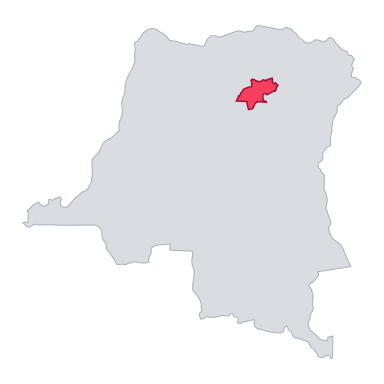 Banalia, Orientale, Democratic Republic of the Congo (highlighted)
{"feature_id": "63176286B83745324886444", "entity_name": "Banalia", "entity_type": "district", "adm_level": 2, "iso_a3": "COD", "parent_name": "Democratic Republic of the Congo", "parent_adm1": "Orientale", "projection": "orthographic", "projection_center": [25.603, 1.49], "detail": "fine", "context": "in_parent", "style": "filled", "palette": "rose", "viewbox_px": 384, "rotation_deg": 0, "n_neighbors": 0, "source": "geoboundaries", "source_scale": "gbopen_adm2", "svg_char_len": 7164}
<svg xmlns="http://www.w3.org/2000/svg" viewBox="0 0 384 384"><path d="M350.8,266.5L317.9,271.7L318.6,273.5L318.3,275.5L317.4,277.0L314.0,281.0L309.0,284.7L309.0,285.6L311.5,289.7L313.0,295.4L312.5,305.3L313.2,308.0L313.0,310.1L311.3,312.4L307.9,324.3L310.1,330.1L316.4,335.4L320.1,339.4L326.5,340.8L327.5,340.6L327.9,337.3L332.9,336.0L332.6,357.1L332.2,358.3L331.3,358.6L330.1,357.9L329.8,355.9L328.4,355.0L322.3,357.6L320.7,357.6L319.0,357.1L317.8,356.0L317.4,354.4L313.2,348.3L311.1,347.9L308.7,342.4L299.0,338.3L295.3,338.0L293.4,336.8L291.5,332.4L288.3,329.6L287.5,326.5L286.9,326.0L284.9,326.7L283.2,331.6L281.0,332.8L277.0,332.9L267.0,331.5L259.9,328.9L258.0,329.1L255.1,326.8L254.0,323.0L254.6,320.1L254.1,319.6L243.2,322.1L240.5,323.6L238.1,323.2L237.3,322.4L238.4,320.4L237.8,318.2L237.0,317.2L233.8,316.4L232.8,314.0L230.8,313.7L230.1,314.0L229.6,315.6L228.5,316.1L222.0,315.4L215.2,317.4L206.1,316.9L201.8,319.3L201.2,319.3L200.2,318.0L199.3,314.0L199.8,312.9L201.1,312.1L201.6,310.5L201.1,306.3L201.4,305.3L200.9,302.9L199.5,299.1L197.6,295.9L193.4,291.2L192.6,289.0L192.9,283.7L194.1,275.3L193.9,269.1L192.2,265.1L191.8,260.7L192.8,252.9L191.7,251.0L170.9,250.3L170.0,249.7L169.6,248.6L170.5,243.9L157.9,245.1L154.1,246.0L151.8,247.9L151.0,250.3L151.0,253.7L149.1,256.9L148.7,262.4L145.2,263.0L141.7,263.0L135.0,261.8L128.4,263.3L125.3,264.8L123.6,264.1L117.7,264.6L116.9,264.2L110.0,253.3L107.0,249.7L106.4,247.9L106.6,246.3L105.7,244.0L102.5,238.4L101.9,235.8L101.9,231.7L101.6,230.3L98.7,226.8L96.8,225.6L94.8,225.0L61.1,225.3L50.1,224.6L42.0,225.0L37.9,224.7L36.8,224.2L33.1,224.9L31.2,226.3L28.4,227.1L26.6,226.8L23.0,222.7L27.7,222.0L28.0,221.6L28.2,211.9L26.9,210.5L29.4,208.9L33.4,204.6L37.3,203.1L37.8,202.2L38.7,202.2L40.2,204.1L43.6,206.4L47.8,204.4L48.3,203.8L48.8,199.6L49.8,199.3L51.7,200.2L52.7,200.2L54.5,199.0L59.9,196.9L61.6,199.6L60.1,202.0L60.8,203.7L61.0,206.4L61.9,207.0L66.2,207.3L67.5,206.7L75.9,197.2L78.1,196.0L81.7,192.2L86.5,190.5L88.5,187.6L91.2,182.2L92.4,174.4L91.8,161.0L92.2,159.2L98.0,153.2L103.9,142.2L107.9,139.3L111.0,138.2L115.6,134.2L119.4,130.2L118.8,125.3L119.7,121.3L121.8,116.1L122.4,110.7L121.7,105.0L122.0,100.3L124.8,92.8L125.1,84.3L127.6,77.1L132.6,68.0L135.0,61.2L134.6,54.5L135.3,49.5L135.1,46.6L134.2,44.1L134.7,42.5L136.5,41.9L138.9,39.4L143.2,32.8L147.7,29.6L150.9,28.6L154.2,28.7L156.3,29.3L159.8,31.9L163.7,34.0L166.7,36.5L169.6,40.5L176.6,41.4L179.7,42.9L181.5,43.4L182.2,43.1L183.7,43.3L187.0,44.5L189.7,43.8L202.8,46.5L204.3,45.2L208.0,38.3L210.7,35.9L215.2,35.7L218.7,37.0L220.6,37.0L236.7,31.1L238.8,30.8L244.6,32.3L248.4,31.3L250.0,31.6L253.3,30.6L256.0,26.4L258.2,25.4L281.3,29.9L284.9,27.7L286.6,27.5L291.7,29.1L293.3,31.6L296.4,33.8L298.6,37.4L302.0,39.4L303.8,41.3L305.8,42.6L310.0,43.1L315.4,39.8L319.1,40.2L322.9,41.9L324.2,41.8L327.1,39.9L328.6,37.9L330.1,37.5L332.3,38.3L334.1,40.2L335.8,43.0L341.6,49.2L347.2,51.8L348.6,55.5L350.6,55.2L351.6,55.5L353.1,57.9L354.1,58.4L354.3,59.4L352.9,61.7L351.6,66.0L353.4,68.6L351.9,72.5L351.2,76.5L353.0,77.5L355.4,77.4L357.5,79.5L359.2,79.8L361.0,82.0L360.6,83.8L355.1,90.3L346.8,98.3L344.0,99.2L342.6,100.7L341.5,103.0L339.1,105.0L337.3,105.8L337.1,111.6L334.3,117.5L333.2,118.7L331.7,128.4L332.0,130.1L330.5,138.0L330.7,145.4L326.7,147.7L323.9,151.3L322.7,153.8L322.7,159.8L318.2,163.5L317.8,164.3L318.9,168.5L320.6,169.2L320.6,170.6L324.3,175.2L324.1,189.1L324.3,190.5L326.2,193.7L327.4,200.1L326.0,208.1L330.9,222.7L328.6,228.1L329.7,233.2L332.6,238.6L339.6,243.9L341.5,246.0L343.2,249.0L344.8,253.5L350.8,266.5Z" fill="#d9dde1" stroke="#a8b0b8" stroke-width="1"/><path d="M277.2,83.8L276.8,83.8L275.7,83.9L275.5,83.6L275.4,83.2L275.4,82.9L275.3,82.7L275.2,82.7L274.9,82.9L274.6,83.1L274.3,83.6L273.8,83.7L273.3,83.6L273.1,83.5L272.8,83.2L272.7,83.0L272.7,82.8L272.6,82.6L272.5,82.3L272.4,81.0L272.6,80.9L272.6,80.7L272.3,80.3L272.3,79.9L272.4,79.4L272.5,79.3L272.5,79.0L272.4,78.2L272.0,78.2L271.9,78.2L271.5,78.2L271.4,78.3L271.3,78.5L271.1,78.6L270.8,78.6L270.6,78.6L270.3,78.9L270.2,79.0L269.8,79.0L269.8,78.9L269.6,78.8L269.4,78.9L269.1,79.1L268.7,79.3L268.7,79.5L268.3,79.7L267.9,79.7L267.6,79.6L267.4,79.6L267.2,79.8L266.9,79.8L266.5,79.9L266.4,80.1L266.3,80.5L266.2,80.6L266.1,80.9L266.1,81.0L265.9,81.1L265.5,80.9L265.3,80.9L265.2,80.8L265.1,80.6L264.8,80.2L264.5,80.2L264.3,80.2L264.0,80.0L263.8,80.0L263.7,80.0L263.3,79.8L263.2,79.8L262.7,80.0L262.4,80.1L262.2,80.4L262.0,80.7L261.8,80.7L261.4,81.0L261.2,81.2L260.9,81.3L260.6,81.5L260.3,81.6L260.0,81.6L259.7,81.7L259.4,81.6L259.2,81.6L258.9,81.6L258.6,81.6L258.2,81.6L257.9,81.3L257.9,81.2L257.7,81.2L257.3,81.2L257.2,81.1L256.9,81.2L256.6,81.2L256.4,81.0L256.2,81.0L256.2,80.9L255.9,80.8L255.7,80.7L255.4,80.5L255.1,80.4L255.0,80.2L254.9,80.0L254.8,79.9L254.7,79.8L254.4,79.7L254.1,79.7L253.9,79.7L253.5,79.6L253.2,79.6L252.6,79.2L252.2,79.2L252.2,79.3L252.0,79.5L251.9,79.5L251.7,79.8L251.6,80.0L251.3,80.1L251.1,80.2L251.0,80.3L251.0,80.5L250.9,80.7L250.8,81.0L250.9,80.9L251.2,80.9L251.3,81.0L251.5,81.0L251.6,81.3L251.5,81.6L251.5,81.9L251.5,83.0L251.6,83.9L251.7,84.7L251.7,85.3L251.8,86.2L251.8,86.4L251.7,86.6L251.5,86.8L250.7,86.8L250.4,86.9L250.1,87.0L249.8,87.0L249.3,87.0L248.8,87.2L248.0,87.6L247.0,87.8L246.1,88.1L245.5,88.3L244.9,88.6L244.6,88.8L244.2,89.1L243.9,89.2L243.4,89.5L243.1,89.7L242.9,90.1L242.7,90.7L242.3,91.2L241.9,91.9L241.3,92.5L240.9,92.9L240.7,93.1L240.6,93.6L240.5,94.2L240.5,94.4L240.0,94.9L239.6,95.3L239.1,95.7L238.8,95.9L238.6,96.1L238.4,96.2L238.2,96.3L238.4,96.6L238.5,96.6L238.6,96.8L238.8,97.0L238.7,97.1L238.3,97.7L237.8,98.5L237.6,98.8L237.3,98.9L237.2,99.1L237.1,99.3L237.0,99.6L236.9,99.7L236.9,99.8L236.9,100.0L236.7,100.2L236.6,100.3L236.5,100.5L236.3,101.0L247.0,101.5L247.0,103.0L247.6,105.8L248.0,107.5L248.5,109.5L248.9,109.3L249.1,109.3L249.4,109.2L250.1,109.3L250.7,109.2L251.3,109.1L252.2,108.8L252.6,108.5L252.9,108.3L253.3,107.3L253.3,107.2L253.3,106.8L253.4,106.6L253.7,106.5L253.7,106.4L253.8,106.3L254.0,105.9L254.7,104.2L255.0,103.4L255.7,102.9L256.0,102.7L256.2,102.4L256.5,101.7L257.0,101.8L257.3,101.9L257.5,102.1L258.3,102.0L259.0,101.5L259.4,101.4L260.1,101.5L260.4,101.6L260.6,101.8L261.0,101.9L265.5,102.2L266.4,102.3L266.2,101.9L266.0,101.6L265.9,101.6L265.7,101.6L265.6,101.4L265.4,101.5L265.2,101.5L265.0,101.4L264.5,101.2L264.4,101.2L264.3,100.9L264.2,100.8L264.1,100.7L264.0,100.8L263.9,100.8L263.8,100.7L263.7,100.7L263.3,99.9L263.2,99.4L263.3,99.4L263.4,99.2L263.3,98.9L263.2,98.7L263.0,98.3L262.9,98.2L262.8,97.9L262.9,97.6L262.8,97.4L262.7,97.3L262.9,95.9L262.9,94.8L263.0,94.4L263.3,94.1L263.8,93.9L264.0,93.7L264.3,93.6L264.9,93.5L265.2,93.6L265.4,93.7L266.5,94.2L266.8,94.7L266.9,94.8L268.5,94.0L269.9,93.2L270.7,92.7L272.6,91.7L273.6,91.2L274.0,91.4L274.4,91.5L274.5,91.5L274.8,91.4L275.0,90.9L274.9,90.5L274.9,90.3L275.0,90.2L275.2,90.3L275.3,90.3L275.5,90.4L275.8,90.2L276.0,90.1L276.0,89.7L275.9,89.0L276.2,88.6L276.3,88.4L276.3,88.2L276.2,87.8L276.3,87.4L276.5,87.2L277.3,86.5L277.7,85.9L277.8,85.4L277.9,85.2L277.7,85.0L277.5,84.9L277.4,84.9L277.2,84.7L276.9,84.8L276.8,84.7L276.7,84.4L276.7,84.2L276.9,83.9L277.0,83.8L277.2,83.8Z" fill="#f43f5e" stroke="#9f1239" stroke-width="1.5"/></svg>